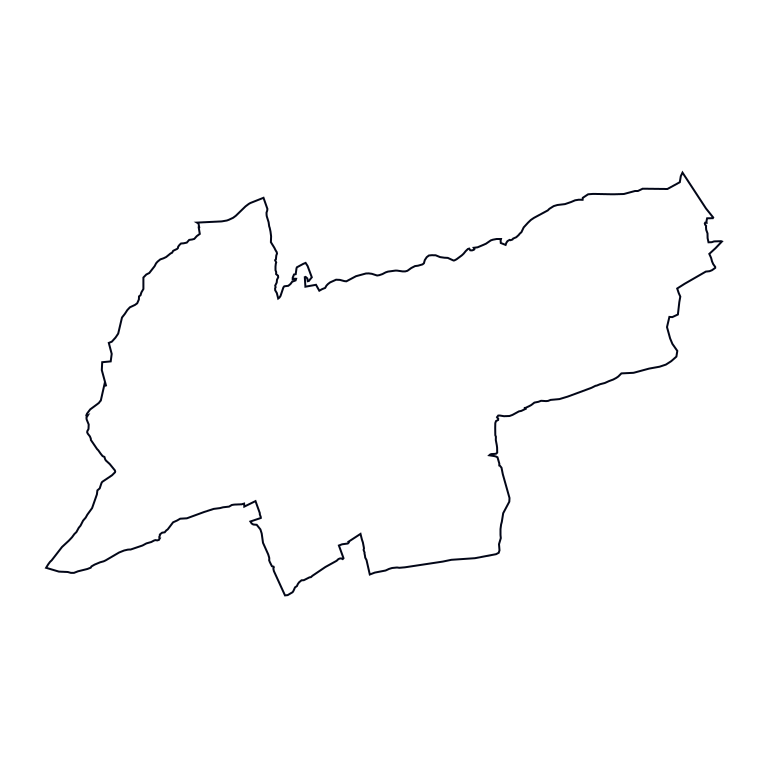 Greci, Mehedinti, Romania
{"feature_id": "2599482B189071203417", "entity_name": "Greci", "entity_type": "district", "adm_level": 2, "iso_a3": "ROU", "parent_name": "Romania", "parent_adm1": "Mehedinti", "projection": "orthographic", "projection_center": [23.11, 44.567], "detail": "fine", "context": "isolated", "style": "outline", "palette": "ink", "viewbox_px": 768, "rotation_deg": 0, "n_neighbors": 0, "source": "geoboundaries", "source_scale": "gbopen_adm2", "svg_char_len": 6079}
<svg xmlns="http://www.w3.org/2000/svg" viewBox="0 0 768 768"><path d="M676.4,356.6L677.3,350.9L672.4,343.9L670.1,338.4L667.0,327.1L669.4,316.9L672.3,317.1L677.9,314.5L679.3,302.2L680.3,296.6L678.7,293.0L677.2,288.5L684.6,283.8L705.8,271.6L709.5,271.2L712.0,270.2L715.2,267.9L715.2,266.9L713.2,264.1L712.0,261.3L711.1,257.9L709.3,253.9L715.6,248.1L721.9,241.5L721.1,241.2L714.1,241.4L711.7,242.2L708.5,242.3L707.6,238.1L707.5,233.4L706.2,229.8L706.0,227.2L706.1,225.9L705.1,224.6L704.8,223.4L705.3,222.6L706.6,222.8L706.5,221.1L707.1,218.3L712.8,218.2L713.2,217.5L706.0,208.5L682.5,172.6L680.8,176.2L679.8,182.2L667.4,189.0L642.7,188.7L637.9,191.0L635.0,191.0L623.9,194.0L613.1,194.3L593.2,193.9L588.1,194.3L582.8,197.8L582.6,199.8L578.9,199.7L575.1,200.3L571.1,202.0L565.0,204.1L557.4,205.0L553.7,206.1L549.4,208.8L547.8,210.4L533.9,217.9L530.8,220.0L528.0,222.7L523.7,227.4L521.4,232.2L519.7,233.7L518.8,234.9L516.3,237.2L513.1,238.6L512.5,239.5L510.5,240.2L509.6,239.9L507.5,241.1L506.4,242.7L505.6,244.9L500.8,243.0L500.6,240.6L501.0,239.0L496.6,239.0L492.9,239.7L490.8,240.4L486.0,243.7L483.3,244.9L477.6,247.3L473.7,247.8L474.4,249.1L473.8,249.8L472.0,250.4L470.3,250.3L469.2,248.6L467.9,249.0L465.8,251.0L463.6,253.7L461.9,255.3L456.5,259.3L454.4,260.4L453.5,260.5L447.8,257.9L444.3,257.7L440.1,257.1L435.7,255.3L431.7,255.2L428.9,255.5L426.7,257.2L424.8,260.1L423.9,263.3L422.5,264.4L418.0,265.7L415.0,266.1L411.3,268.0L407.4,270.8L405.2,271.4L402.6,271.4L397.0,270.6L395.3,270.6L388.0,271.6L385.6,272.4L382.4,274.1L379.1,275.2L377.1,275.5L371.8,273.8L368.7,273.4L365.9,273.5L356.0,276.2L346.4,281.3L344.4,281.1L339.9,279.9L336.1,279.7L330.1,282.4L327.9,284.1L326.4,285.7L325.2,287.9L322.2,289.1L319.3,290.7L316.0,284.8L305.4,286.7L304.8,277.2L305.6,276.9L307.3,278.4L307.8,281.2L308.8,281.0L311.8,277.3L307.6,266.0L305.6,262.9L303.2,263.9L296.9,267.3L296.5,268.3L295.7,274.2L294.0,274.5L292.7,277.7L292.7,279.2L294.6,278.7L296.1,278.8L295.6,280.4L292.2,281.7L290.4,284.1L288.3,285.8L284.3,286.3L283.4,287.4L280.5,296.0L279.4,297.6L278.2,298.5L276.8,293.0L275.2,290.3L275.1,288.3L275.6,287.2L275.2,285.6L276.7,282.6L277.0,279.7L278.2,277.3L278.0,275.7L276.1,274.1L276.2,272.1L275.5,270.2L275.5,266.5L275.8,263.7L276.2,262.4L275.1,260.2L275.9,259.3L276.3,255.4L277.0,253.6L276.7,252.1L275.6,250.3L274.3,247.7L270.9,242.2L271.1,236.3L270.5,231.6L269.7,227.8L269.2,226.4L268.6,222.2L266.8,216.4L266.6,215.1L266.5,212.7L267.2,210.6L267.4,208.9L263.5,197.8L250.4,203.0L248.8,203.9L245.5,206.4L235.8,215.8L233.1,217.8L228.8,219.8L226.9,220.5L221.7,221.4L197.0,222.6L198.5,223.5L199.2,227.3L198.7,227.4L199.8,233.9L196.7,236.2L194.3,238.9L192.1,239.5L189.2,239.9L186.8,242.6L183.6,243.3L181.0,243.5L179.6,244.8L178.2,246.6L177.9,248.1L177.1,248.9L173.2,250.8L172.1,252.7L170.5,253.5L166.2,257.0L163.5,258.3L160.3,259.4L157.6,261.6L156.1,263.3L154.6,266.2L149.3,273.0L146.3,274.5L143.4,277.5L143.4,289.0L141.4,292.4L140.5,295.3L139.0,296.4L138.9,299.4L137.2,303.3L135.0,304.9L129.9,307.3L127.3,310.1L124.9,313.8L122.0,317.5L118.2,333.6L115.5,337.6L111.8,341.7L108.8,342.9L111.7,353.9L110.7,361.4L102.2,362.2L101.8,370.1L106.2,386.3L104.6,383.7L100.8,400.6L100.2,401.1L99.0,402.8L97.5,404.0L90.2,409.4L87.0,413.7L86.3,415.4L86.3,415.7L86.7,416.0L87.7,415.5L86.5,417.5L86.5,418.5L86.7,419.6L88.7,424.5L88.5,429.0L87.3,431.2L87.2,432.4L87.8,433.7L89.9,436.4L90.8,438.6L90.9,440.0L97.1,449.1L98.3,450.3L100.6,453.6L102.6,456.1L104.4,456.9L105.2,459.4L105.9,460.5L109.8,464.1L114.9,470.4L115.2,471.6L115.0,472.3L112.1,475.2L102.3,481.8L101.5,483.0L99.7,488.4L97.4,490.4L96.9,494.4L92.1,508.1L87.3,514.7L85.7,517.6L83.1,520.6L80.5,525.7L78.8,527.7L76.4,532.1L74.4,534.0L72.0,537.3L68.8,540.7L62.0,547.0L51.7,560.3L50.0,561.9L48.1,564.5L46.1,567.8L58.9,571.6L67.8,572.0L71.0,572.9L73.9,572.9L78.0,571.3L87.3,569.0L90.7,567.7L91.5,566.4L94.6,564.6L100.1,562.3L103.7,561.3L105.6,560.4L119.1,552.5L124.1,550.5L128.0,549.6L130.7,549.5L142.5,545.5L146.4,543.4L151.3,542.0L154.1,540.5L155.4,540.1L157.3,540.4L158.9,539.9L159.7,538.5L159.4,538.5L159.3,536.8L159.9,535.6L159.8,534.8L160.2,534.2L162.1,532.7L164.7,532.3L166.3,530.4L167.7,529.4L173.1,522.3L177.1,520.5L180.2,518.7L186.9,518.3L204.1,512.0L213.7,508.9L220.0,508.1L223.0,507.3L229.1,506.6L231.8,505.0L234.2,504.6L241.6,504.3L244.1,503.6L244.3,506.6L255.5,501.1L259.8,513.1L259.8,514.3L260.8,517.1L260.8,518.0L250.4,521.5L251.7,523.5L253.3,524.5L256.7,524.8L260.4,529.4L261.7,533.5L263.0,542.8L268.2,554.4L269.2,557.7L269.3,559.0L269.1,560.1L269.8,562.0L271.9,566.2L273.6,566.7L273.8,567.5L273.4,568.3L273.4,568.9L273.9,571.1L285.0,595.4L287.7,595.1L292.6,592.2L293.5,590.8L295.0,587.4L296.9,586.1L297.8,584.1L299.0,582.4L301.5,580.3L303.8,580.2L309.4,577.4L311.0,577.1L312.4,575.8L325.4,567.0L336.6,560.8L338.4,559.1L339.8,558.5L341.2,558.4L342.7,559.1L343.5,558.2L338.9,545.5L342.1,544.3L347.8,543.5L348.8,542.5L348.4,541.8L360.5,533.9L361.9,539.5L362.9,542.5L364.0,548.3L363.6,549.9L364.6,552.7L364.5,553.5L365.0,555.8L365.2,557.6L366.5,560.0L369.8,574.5L374.8,572.6L385.6,570.5L389.1,568.9L392.1,568.0L397.0,567.5L399.3,567.8L405.0,567.3L442.7,561.6L451.4,559.8L474.9,558.2L496.0,554.2L498.7,552.8L499.5,550.3L499.0,544.2L500.8,538.1L500.5,535.0L500.5,529.1L501.1,524.5L501.8,521.9L503.2,513.2L509.3,501.7L509.5,498.0L502.8,474.2L501.5,467.7L499.9,465.7L499.3,465.5L499.3,463.5L497.5,457.3L495.9,456.5L494.4,456.1L489.3,455.3L489.9,454.7L491.2,454.1L494.7,453.9L496.3,453.6L497.2,452.6L497.1,447.7L496.8,445.3L495.8,440.0L495.9,436.7L495.3,435.2L495.2,427.8L495.3,423.1L496.0,421.1L498.1,420.0L498.2,418.6L497.4,417.8L497.0,417.2L498.3,415.5L499.7,415.5L504.0,416.2L509.5,416.0L512.5,414.9L518.9,411.4L521.3,410.9L525.7,408.8L525.5,408.4L523.9,408.0L525.5,407.9L529.5,406.0L531.3,405.0L534.4,402.6L538.4,401.8L541.1,400.8L546.1,401.1L548.1,400.9L550.6,399.9L559.4,399.1L567.7,396.6L591.5,387.8L595.5,385.8L596.7,385.6L600.1,384.2L604.8,383.0L609.0,381.1L613.3,379.5L616.3,377.9L618.3,376.5L621.4,373.4L633.6,372.8L649.1,368.6L659.6,366.7L665.9,364.6L671.2,361.2L676.4,356.6Z" fill="none" stroke="#020617" stroke-width="2"/></svg>